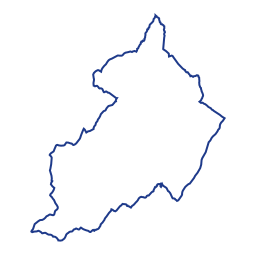 the district of Samacá, Boyacá, Colombia
{"feature_id": "7082276B67984483460404", "entity_name": "Samacá", "entity_type": "district", "adm_level": 2, "iso_a3": "COL", "parent_name": "Colombia", "parent_adm1": "Boyacá", "projection": "equal_earth", "projection_center": [-73.529, 5.479], "detail": "fine", "context": "isolated", "style": "outline", "palette": "blue", "viewbox_px": 256, "rotation_deg": 0, "n_neighbors": 0, "source": "geoboundaries", "source_scale": "gbopen_adm2", "svg_char_len": 5758}
<svg xmlns="http://www.w3.org/2000/svg" viewBox="0 0 256 256"><path d="M164.1,30.8L163.9,29.4L164.3,28.3L164.3,26.3L163.8,26.0L163.5,25.3L162.4,24.6L162.2,24.3L161.3,24.3L160.9,24.0L160.7,23.7L160.5,22.5L159.8,22.1L159.6,21.0L159.1,19.6L159.2,18.8L158.8,18.0L156.9,17.0L156.5,16.1L155.9,15.8L155.5,15.4L155.5,16.0L155.0,16.8L154.9,17.5L154.2,18.5L153.7,18.9L153.2,21.3L151.6,23.0L150.0,24.5L149.7,25.0L149.3,27.4L149.1,27.5L148.9,27.4L148.8,27.5L148.4,28.1L148.4,28.8L148.1,29.3L147.7,29.5L147.4,29.3L147.2,29.4L147.1,30.8L146.3,32.2L145.6,32.9L145.3,33.9L145.5,34.8L145.1,36.8L145.1,37.7L144.4,38.7L144.6,39.7L143.8,40.9L143.0,40.5L142.7,40.7L142.3,41.6L141.9,41.4L141.4,41.5L140.8,42.6L140.8,43.8L139.9,44.7L139.1,46.2L138.5,47.3L138.2,48.3L137.2,48.8L137.3,49.3L137.1,49.9L137.0,50.5L136.4,51.6L136.0,51.3L135.7,51.4L134.4,51.0L134.0,51.2L133.2,51.3L132.0,52.0L130.3,51.5L128.3,52.1L125.4,52.7L123.8,53.7L123.1,54.7L122.1,55.5L121.6,55.7L119.9,55.7L118.3,55.5L117.7,55.5L111.9,58.6L109.9,59.4L108.7,60.2L107.5,61.7L105.9,64.3L104.2,65.9L102.6,67.9L101.6,69.6L101.1,71.7L98.6,70.2L97.6,70.2L95.6,71.3L93.9,73.0L93.2,74.6L93.7,78.1L94.0,79.2L93.9,80.7L93.5,82.7L93.5,84.0L93.7,85.7L94.6,85.9L95.0,86.3L96.4,85.9L97.1,85.9L98.3,87.0L99.0,88.1L99.8,88.5L100.8,88.3L101.2,88.4L102.1,88.8L102.4,89.1L103.6,91.8L103.9,92.2L104.5,92.2L105.8,91.5L106.4,91.5L108.0,92.7L108.8,92.7L109.8,93.3L116.2,98.1L116.9,98.1L116.2,99.2L115.8,100.5L115.7,100.8L115.9,101.3L115.4,101.4L115.1,101.7L114.1,103.0L113.4,103.7L113.0,104.3L112.3,105.0L109.3,105.8L108.6,106.0L108.0,106.5L106.4,108.5L105.6,110.2L105.1,110.6L104.2,110.9L103.5,111.3L101.1,113.9L100.8,114.3L100.1,116.2L99.1,118.0L97.9,119.5L97.6,120.6L97.3,121.2L96.0,122.8L95.4,125.1L94.3,126.3L94.0,126.9L93.6,128.1L93.6,129.0L89.9,131.0L88.0,131.4L86.3,132.5L84.8,129.7L83.8,128.7L83.4,129.4L82.2,132.3L81.0,135.4L80.2,137.9L79.7,138.9L76.2,143.4L74.6,144.6L73.4,145.0L72.8,144.7L72.0,143.8L71.6,143.5L70.9,143.5L68.2,142.6L66.4,142.5L65.1,144.3L64.6,145.1L63.6,145.5L61.1,145.7L58.8,145.4L57.5,144.9L56.8,145.0L56.0,145.6L54.5,149.1L53.9,150.7L53.6,151.4L51.0,153.2L49.9,154.4L49.7,155.0L51.1,156.5L51.6,157.4L51.7,157.8L51.2,164.1L50.3,169.1L49.9,170.3L51.5,175.8L51.8,178.4L51.6,180.7L52.3,181.1L52.1,181.5L51.3,182.6L50.9,184.3L52.5,186.4L54.3,187.9L53.7,189.9L53.1,191.0L52.1,192.6L50.6,194.0L50.1,195.2L51.1,196.5L51.8,197.0L52.8,198.6L54.0,200.0L55.4,203.2L56.7,205.0L57.7,206.8L57.8,208.0L57.2,209.3L55.4,210.7L55.0,211.4L54.2,214.5L53.5,215.1L52.9,215.2L50.0,214.5L49.5,214.6L48.0,215.6L46.5,216.3L45.3,217.8L43.8,219.1L42.3,219.9L40.0,220.1L38.3,221.2L34.8,224.0L34.6,224.3L33.2,228.6L32.7,229.6L31.8,230.5L31.4,231.6L32.1,232.1L32.5,232.1L34.2,231.6L36.8,231.4L38.2,230.8L38.6,230.8L40.2,231.6L41.2,232.3L42.0,233.2L42.4,233.3L44.2,232.9L45.6,232.9L47.5,234.1L48.5,234.6L50.6,234.7L51.4,235.0L52.7,235.9L53.1,236.7L54.5,236.7L55.3,236.9L56.6,237.8L58.2,239.8L58.3,240.4L60.3,240.6L62.1,240.3L64.4,238.5L65.4,236.8L66.3,234.5L67.5,233.3L68.2,233.0L69.3,232.0L70.3,231.6L71.9,231.5L72.5,231.1L73.8,229.5L74.9,229.2L75.8,228.6L76.2,228.5L78.3,229.4L78.9,229.5L79.4,229.3L80.1,228.3L80.9,227.6L83.3,229.2L86.2,230.3L88.4,230.9L89.5,231.8L90.1,232.0L90.5,232.0L90.8,231.8L92.7,230.1L93.2,229.9L93.5,230.1L93.8,230.6L94.4,230.8L94.7,230.4L95.0,229.8L96.2,229.8L96.9,229.3L97.6,229.2L98.4,228.7L98.8,228.3L100.4,225.8L100.7,224.4L102.0,223.0L102.4,222.7L104.5,219.7L104.7,218.9L105.6,217.5L106.3,216.8L109.0,212.9L111.0,210.8L111.4,209.3L112.6,209.8L113.8,210.8L115.3,211.3L116.5,210.5L120.0,206.2L120.9,205.7L122.4,204.1L122.7,203.9L124.0,204.2L124.8,204.1L126.3,204.5L126.6,204.9L126.9,205.8L127.1,205.9L127.7,205.7L127.9,206.1L129.3,206.5L130.8,207.6L131.0,207.6L131.3,207.0L132.2,205.8L133.5,205.0L134.9,203.5L135.9,202.3L136.8,201.5L137.9,200.1L138.8,198.4L139.9,197.4L141.2,196.8L141.8,197.0L143.6,197.2L144.2,197.6L145.5,197.6L146.1,197.2L146.8,196.0L147.6,195.5L148.7,195.5L149.0,195.2L151.5,192.4L152.4,191.7L152.8,191.7L153.5,191.2L153.6,190.2L155.0,187.2L155.4,187.4L156.4,186.6L156.7,185.5L156.9,185.3L157.2,185.4L157.4,184.5L157.8,184.2L158.9,184.0L160.3,184.1L160.9,183.6L161.1,183.8L161.1,184.1L160.5,185.4L160.4,186.1L160.8,186.7L161.0,186.9L161.5,186.0L161.6,185.6L161.9,185.2L161.8,184.6L162.1,184.0L162.5,184.9L163.0,185.5L163.7,186.1L166.0,187.6L166.7,188.3L168.0,191.0L168.4,191.3L168.9,191.5L170.3,193.3L172.1,197.3L172.7,198.3L174.3,198.5L174.9,198.8L175.2,199.4L176.4,200.2L177.0,200.9L178.0,200.5L178.7,199.8L181.7,195.5L182.1,194.4L182.1,193.3L182.4,191.8L182.9,190.6L185.2,187.0L186.8,185.5L188.5,184.1L189.8,183.6L194.0,178.0L195.2,175.7L197.5,172.8L200.2,168.1L201.2,164.6L201.6,159.9L202.3,158.1L205.7,152.2L208.7,142.2L210.3,140.5L211.6,138.0L212.9,136.4L215.5,134.1L217.5,131.3L217.9,130.3L218.4,129.5L219.2,128.8L219.7,127.8L219.9,125.3L220.3,124.0L221.2,122.5L222.8,120.9L224.6,118.2L222.1,116.7L219.8,114.8L213.5,110.7L213.0,110.1L211.8,109.6L210.9,108.3L208.3,106.9L207.4,105.9L205.3,104.2L204.1,103.8L202.6,102.7L201.0,102.9L199.5,101.7L200.9,100.5L201.8,98.6L202.1,98.3L202.5,97.0L202.9,96.3L203.1,95.2L202.8,94.1L202.1,92.2L201.7,91.6L201.5,90.4L201.2,89.7L200.9,87.9L200.3,87.4L199.4,85.0L199.2,82.4L199.4,81.1L199.2,78.9L199.2,77.8L199.0,77.3L198.4,76.7L198.3,75.7L197.9,75.4L197.4,75.3L196.9,75.4L196.6,75.3L195.6,76.0L193.6,76.3L193.2,76.8L192.7,76.7L191.5,75.8L190.4,76.2L189.7,74.7L188.8,73.8L188.0,72.5L187.6,72.2L187.0,72.4L186.3,72.2L185.3,71.0L185.1,70.1L184.4,69.9L183.7,69.2L182.8,68.7L178.2,63.9L173.8,57.8L172.6,56.0L171.7,55.6L169.0,56.5L168.8,53.8L168.7,53.5L165.9,51.0L163.3,49.3L163.2,48.9L164.2,37.6L164.4,36.5L164.6,35.7L164.2,34.7L164.2,33.8L164.4,33.0L164.9,32.4L164.9,32.0L164.6,31.1L164.1,30.8Z" fill="none" stroke="#1e3a8a" stroke-width="2"/></svg>